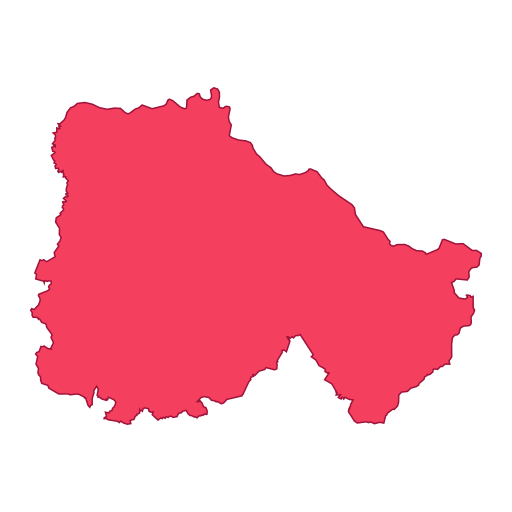 the district of Hostotipaquillo, Jalisco, Mexico
{"feature_id": "50627088B68006893150413", "entity_name": "Hostotipaquillo", "entity_type": "district", "adm_level": 2, "iso_a3": "MEX", "parent_name": "Mexico", "parent_adm1": "Jalisco", "projection": "albers", "projection_center": [-104.082, 21.071], "detail": "fine", "context": "isolated", "style": "filled", "palette": "rose", "viewbox_px": 512, "rotation_deg": 0, "n_neighbors": 0, "source": "geoboundaries", "source_scale": "gbopen_adm2", "svg_char_len": 5948}
<svg xmlns="http://www.w3.org/2000/svg" viewBox="0 0 512 512"><path d="M230.1,108.8L229.4,106.9L226.6,106.3L225.0,106.7L223.3,108.3L219.4,107.4L218.5,102.3L219.5,97.0L219.4,92.3L217.7,89.1L213.9,87.8L210.6,90.0L211.5,95.4L211.4,97.5L210.2,99.3L207.0,100.3L204.0,99.7L201.7,98.5L200.1,96.6L199.3,93.8L197.2,93.4L194.2,96.1L190.7,97.2L187.0,100.0L186.6,106.8L186.1,108.3L184.6,108.8L180.4,107.1L172.7,100.6L169.2,99.2L167.8,100.3L166.3,104.0L163.9,105.8L152.1,108.7L142.1,105.0L138.7,107.9L135.2,109.1L129.6,113.3L127.9,113.8L125.2,112.7L120.5,108.4L114.2,108.1L107.3,109.3L99.2,107.6L92.6,104.3L84.9,102.5L77.4,103.4L73.9,106.5L70.5,107.8L67.0,112.4L65.6,117.4L64.1,120.0L59.8,123.9L58.1,123.7L58.9,125.2L60.5,126.1L58.9,126.6L59.8,128.6L59.2,129.0L56.8,127.9L56.8,132.2L53.2,132.9L55.3,134.8L55.6,137.2L54.7,138.3L55.4,140.1L52.4,143.8L55.3,145.0L55.3,145.7L55.2,146.7L53.7,145.6L53.4,146.6L51.7,147.3L52.8,151.3L54.7,151.8L55.0,152.8L51.3,155.4L53.6,160.1L54.9,161.1L54.0,162.9L56.0,163.9L56.0,165.3L55.0,166.0L55.6,168.5L58.4,168.3L58.8,170.2L57.8,171.0L58.5,172.4L60.2,171.7L61.6,172.3L62.3,170.7L63.0,170.5L63.3,174.0L64.0,174.4L63.2,176.9L65.8,176.9L65.8,178.2L68.3,180.8L66.9,182.9L67.5,184.8L66.3,188.7L66.3,191.3L67.7,193.1L65.8,193.9L66.1,195.0L67.5,195.2L68.0,196.2L67.3,196.9L65.1,196.9L63.4,198.4L66.5,201.2L65.0,202.1L63.7,201.5L62.6,201.9L63.8,204.8L62.5,206.0L62.3,207.7L63.3,208.2L63.6,209.8L60.1,213.3L60.9,214.3L60.2,215.2L56.3,217.7L55.6,222.0L59.5,228.3L59.3,234.6L61.1,237.2L60.1,240.8L57.4,244.2L58.8,246.1L54.2,252.5L55.1,256.8L46.6,261.7L43.7,259.7L42.0,260.6L40.0,259.8L34.8,273.0L36.5,274.3L35.8,279.0L43.7,281.2L44.3,282.9L44.7,280.6L47.4,281.4L48.6,280.8L51.2,281.2L51.2,283.8L49.1,285.5L48.6,287.2L49.6,289.0L47.8,290.7L38.8,294.2L38.4,295.6L40.0,298.5L40.1,300.6L38.6,304.9L34.2,309.5L31.7,308.6L30.7,310.2L32.3,312.9L32.0,315.1L33.0,317.2L37.3,317.5L38.4,319.1L38.7,318.5L39.7,319.1L41.6,322.3L46.0,324.0L46.8,327.5L52.2,334.9L51.0,337.2L53.5,342.8L51.0,347.6L51.4,349.2L47.8,348.5L44.1,346.0L42.3,346.8L41.0,346.4L39.1,351.6L36.6,352.5L35.6,354.1L37.7,356.5L36.0,364.1L38.5,368.5L37.9,372.7L38.6,374.8L40.5,376.8L40.7,380.5L41.8,383.4L47.9,385.4L48.8,388.1L58.8,394.0L68.0,393.9L70.1,394.8L76.4,394.0L79.4,394.5L84.0,396.9L84.5,397.9L85.5,397.6L88.0,405.3L89.8,407.3L90.5,405.6L92.2,404.6L92.2,398.4L94.0,392.6L93.7,390.9L96.6,386.2L98.3,389.4L97.1,395.4L98.5,396.4L98.2,397.2L99.1,397.0L101.6,398.9L105.8,400.2L106.3,399.1L107.0,400.1L107.7,399.5L108.4,397.2L113.5,399.5L115.1,400.9L115.8,402.9L114.3,406.7L112.5,408.3L112.1,410.3L109.8,411.2L108.8,412.9L105.4,412.2L106.6,416.4L104.2,417.8L104.1,418.7L106.1,418.5L108.2,419.8L117.6,421.3L119.2,422.6L120.8,421.1L123.5,423.0L127.4,424.2L130.8,423.6L130.1,420.4L134.0,419.4L135.2,416.4L137.0,415.1L136.8,414.4L139.5,413.2L139.7,409.9L140.3,411.0L141.5,410.3L142.4,411.2L143.2,408.5L145.3,407.9L148.6,408.8L149.0,411.3L150.8,412.2L153.1,411.9L152.2,414.6L158.0,420.1L160.9,417.8L162.1,418.7L163.4,417.3L165.2,418.3L166.1,416.6L168.1,417.5L169.6,416.2L172.0,416.5L173.0,417.4L176.3,416.8L177.1,416.5L178.6,413.3L181.4,412.7L182.6,411.2L186.2,410.4L188.1,413.8L190.1,415.6L191.8,415.6L194.3,417.1L195.4,416.7L197.0,417.9L199.0,415.8L200.2,416.0L202.4,414.9L203.0,415.4L205.1,413.7L206.3,414.5L207.0,414.2L207.2,411.0L205.9,407.6L203.6,406.7L201.9,402.8L200.0,400.7L199.2,401.5L197.2,401.6L201.1,397.5L204.0,396.6L209.1,397.6L211.2,400.1L215.4,401.1L216.1,401.9L217.4,401.5L221.3,403.8L223.7,402.9L226.9,399.4L241.8,395.9L243.0,394.0L242.3,393.6L243.1,394.0L248.7,382.0L250.9,379.5L250.4,378.3L250.9,377.2L253.4,376.4L252.8,375.4L253.2,374.4L254.9,375.4L258.9,371.2L264.7,369.5L266.0,367.6L274.6,369.8L276.8,368.9L277.1,364.5L276.5,362.6L277.8,361.7L277.2,360.7L282.2,352.4L282.0,350.4L284.4,350.2L286.4,351.8L290.0,341.0L288.6,339.8L287.1,336.8L288.6,336.8L289.3,339.0L292.0,336.8L293.5,337.9L295.6,335.6L298.3,335.6L300.1,334.5L313.3,354.8L311.3,356.8L315.9,360.0L319.0,365.6L325.3,369.1L325.0,371.6L327.4,373.0L328.0,372.5L329.0,373.0L324.6,379.7L331.9,383.9L336.8,392.4L336.1,392.2L336.6,393.7L336.1,395.0L340.4,394.8L338.3,397.5L341.1,399.0L341.6,397.6L342.5,397.4L343.7,399.1L345.0,397.3L349.5,399.5L353.0,399.9L350.5,404.7L350.5,406.4L349.5,407.2L349.6,408.9L348.8,409.0L348.5,411.8L354.4,421.0L357.2,423.0L366.1,421.8L368.5,422.6L370.9,422.0L374.4,423.7L379.7,422.3L383.8,423.1L385.7,415.6L386.8,414.9L387.3,413.3L392.8,409.1L394.1,409.5L397.5,406.1L398.6,402.1L398.8,395.0L401.5,392.1L407.5,391.4L410.8,388.2L416.5,386.5L418.6,385.1L419.2,383.3L423.9,379.4L424.6,376.9L427.0,375.5L427.5,374.4L428.6,374.9L430.5,374.0L432.8,371.9L433.1,369.7L434.2,368.9L437.6,369.4L440.5,366.5L442.3,366.5L445.0,364.1L449.8,364.1L449.0,360.9L451.7,357.0L451.6,344.1L452.5,337.5L455.1,334.9L456.9,334.9L458.9,333.4L460.5,327.9L463.7,326.1L469.4,325.6L470.7,324.4L471.3,322.7L471.0,316.9L473.5,313.4L474.6,310.1L473.2,307.8L473.1,296.3L470.8,297.1L470.2,295.6L467.3,295.0L466.4,295.2L467.6,297.5L465.2,299.1L458.9,298.0L454.1,292.5L454.3,290.5L451.5,282.6L454.1,281.4L456.1,278.9L467.3,280.0L469.2,277.0L468.8,271.8L470.7,268.8L472.3,267.7L476.9,267.1L479.1,265.0L479.9,258.2L481.2,256.1L481.3,253.5L476.6,250.4L472.3,250.5L463.0,243.6L455.8,244.0L444.4,239.4L442.5,239.7L439.2,247.9L437.7,249.5L426.6,254.2L425.6,253.9L425.6,252.9L422.3,251.0L417.1,250.8L412.4,248.8L408.5,245.9L404.6,244.5L397.1,244.6L393.6,246.2L390.8,245.3L389.6,243.8L390.0,241.3L388.1,239.4L383.4,232.0L380.5,230.7L363.4,226.7L355.5,214.6L354.4,207.8L352.0,204.7L338.7,195.7L330.9,189.1L327.0,185.2L324.0,179.7L321.7,177.9L317.1,171.7L310.3,168.9L308.8,169.3L308.5,170.5L305.1,172.7L299.5,174.6L295.7,173.9L289.9,175.5L284.1,176.0L276.8,173.8L273.6,171.6L271.1,167.9L266.0,164.2L260.0,157.0L256.6,154.1L253.0,148.2L252.4,145.4L250.3,142.5L245.6,140.8L238.8,140.1L232.2,137.8L229.9,136.2L229.3,135.5L231.3,124.9L229.2,121.5L228.4,117.1L230.1,108.8Z" fill="#f43f5e" stroke="#9f1239" stroke-width="1.5"/></svg>